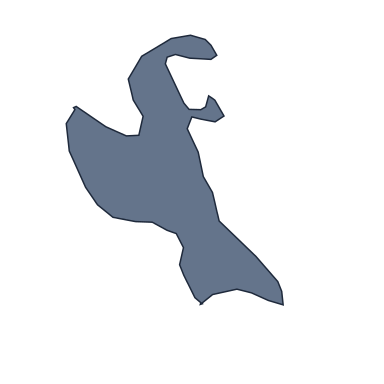 Gbor, Nimba, Liberia (Natural Earth projection), rotated 240°
{"feature_id": "62588387B71745180805277", "entity_name": "Gbor", "entity_type": "district", "adm_level": 2, "iso_a3": "LBR", "parent_name": "Liberia", "parent_adm1": "Nimba", "projection": "natural_earth1", "projection_center": [-8.695, 7.096], "detail": "fine", "context": "isolated", "style": "filled", "palette": "slate", "viewbox_px": 384, "rotation_deg": 240, "n_neighbors": 0, "source": "geoboundaries", "source_scale": "gbopen_adm2", "svg_char_len": 1332}
<svg xmlns="http://www.w3.org/2000/svg" viewBox="0 0 384 384"><g transform="rotate(240 192 192)"><path d="M324.3,131.6L321.9,131.8L314.1,117.3L292.9,108.0L288.9,106.2L278.6,105.2L249.3,102.2L234.8,103.3L230.2,103.6L228.1,103.8L209.6,110.9L198.8,123.4L194.6,128.3L187.3,140.0L185.7,142.5L171.4,151.2L166.3,155.5L163.9,157.6L148.1,156.8L135.2,144.9L124.2,143.3L116.8,142.8L114.4,142.7L99.0,141.7L91.7,144.3L90.5,143.0L90.1,144.9L90.7,144.6L91.9,152.3L92.9,158.6L85.4,182.3L79.2,188.7L74.9,193.1L59.9,203.9L48.7,214.5L61.1,220.0L71.5,221.5L93.6,217.2L104.5,215.1L107.1,214.3L131.5,207.3L153.3,201.0L159.2,202.8L162.4,203.7L171.4,206.5L181.4,209.5L199.2,209.5L199.7,209.5L208.2,212.3L221.6,216.7L223.5,217.3L235.5,218.3L249.2,219.5L253.2,224.5L257.1,229.4L250.4,236.4L241.2,247.1L241.7,255.8L241.8,257.7L260.1,257.7L262.9,256.5L266.9,254.5L258.9,246.4L258.9,240.7L259.8,239.3L265.0,230.8L273.0,229.4L286.7,230.5L316.3,233.0L320.6,237.3L321.2,237.9L319.4,246.4L309.0,257.0L304.5,263.9L297.4,274.7L298.0,281.8L309.6,281.8L317.5,279.7L323.9,273.5L328.5,269.1L335.3,250.7L334.9,229.6L334.7,216.3L329.3,206.8L321.7,193.3L305.5,188.5L301.1,187.1L291.8,187.3L289.4,187.4L282.0,187.5L267.7,174.3L273.4,163.2L281.9,157.0L291.6,150.0L296.8,147.5L322.7,135.1L324.0,134.5L324.3,131.6Z" fill="#64748b" stroke="#1e293b" stroke-width="1.5"/></g></svg>